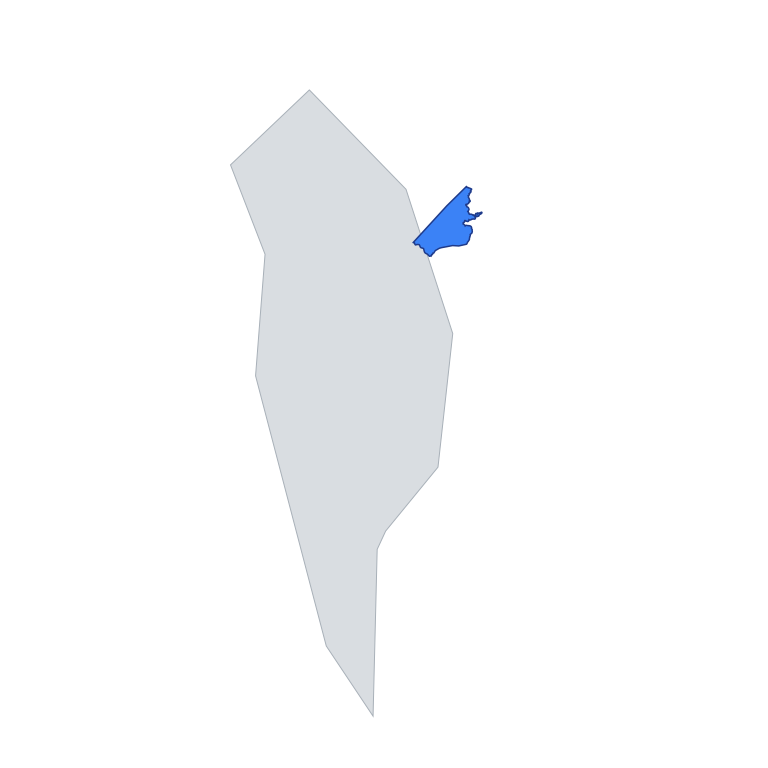 location of Medorm, Aimeliik, Palau, rotated 156°
{"feature_id": "81905179B56582984107965", "entity_name": "Medorm", "entity_type": "district", "adm_level": 2, "iso_a3": "PLW", "parent_name": "Palau", "parent_adm1": "Aimeliik", "projection": "mercator", "projection_center": [134.484, 7.466], "detail": "fine", "context": "in_parent", "style": "filled", "palette": "blue", "viewbox_px": 768, "rotation_deg": 156, "n_neighbors": 0, "source": "geoboundaries", "source_scale": "gbopen_adm2", "svg_char_len": 4600}
<svg xmlns="http://www.w3.org/2000/svg" viewBox="0 0 768 768"><g transform="rotate(156 384 384)"><path d="M435.1,646.6L332.6,683.0L284.7,552.9L300.7,402.1L368.5,286.1L442.3,249.0L457.5,235.7L529.1,85.0L543.3,168.1L498.0,443.7L439.9,550.9L435.1,646.6Z" fill="#d9dde1" stroke="#a8b0b8" stroke-width="1"/><path d="M300.4,501.1L299.9,501.2L299.7,501.2L299.2,501.2L298.9,500.8L298.8,500.5L298.9,499.9L298.9,499.6L298.9,499.3L298.9,498.9L298.8,498.5L298.7,498.3L298.3,498.1L297.9,498.1L297.4,498.1L296.9,497.9L296.4,497.7L296.0,497.5L295.5,497.2L295.1,496.8L295.1,496.2L295.1,495.1L295.1,494.6L295.1,494.4L295.1,494.1L294.9,493.7L294.7,493.4L294.3,493.0L293.8,492.7L293.3,492.2L293.0,491.9L292.8,491.7L292.9,490.8L293.0,490.3L293.1,489.8L293.3,488.4L293.3,487.8L293.2,487.4L293.1,487.2L293.0,486.7L292.6,486.3L292.3,485.8L291.7,485.2L291.3,484.4L291.0,483.3L290.8,482.8L290.7,482.5L290.6,482.3L290.3,482.1L290.1,482.0L289.9,482.0L289.7,482.0L289.3,482.0L289.0,482.1L288.9,482.1L288.5,482.2L288.4,482.3L288.4,482.2L288.2,482.4L287.8,482.4L287.6,482.6L287.1,482.8L286.9,482.9L286.5,483.1L286.4,483.1L286.2,483.4L286.1,483.6L285.9,483.5L285.7,483.5L285.3,483.4L282.9,485.0L278.2,485.5L276.1,485.2L271.1,484.0L265.1,482.6L259.5,479.7L252.1,478.2L252.0,478.3L251.6,478.2L250.4,479.1L250.2,479.4L250.1,479.6L249.8,479.7L249.0,480.0L248.6,480.4L248.2,480.5L247.2,481.3L246.5,482.7L246.1,482.9L245.8,483.7L245.1,484.1L244.6,484.9L244.5,485.2L244.4,485.6L243.6,485.8L243.2,485.8L242.9,485.9L242.4,486.1L242.2,486.5L241.7,486.8L241.3,487.4L241.2,488.1L240.7,488.9L240.6,489.6L240.9,490.3L240.4,491.1L240.3,492.1L240.6,492.9L241.2,493.6L241.6,493.8L241.9,494.1L242.3,494.2L242.6,494.3L242.8,494.6L243.5,494.9L244.0,495.3L244.5,495.6L245.0,495.7L245.6,495.4L245.6,496.1L246.1,497.5L246.3,497.6L246.6,497.8L246.6,498.0L246.0,499.2L245.7,499.3L245.2,499.1L244.8,499.2L244.5,499.4L244.3,499.6L244.1,500.0L243.9,500.4L243.7,500.5L243.5,500.4L243.4,500.2L243.1,500.1L243.0,499.9L243.0,499.7L242.9,499.6L242.8,499.4L242.7,499.4L242.4,499.1L242.2,499.1L242.0,498.9L241.9,498.7L241.7,498.5L241.2,498.3L240.5,498.4L240.3,498.6L240.2,498.9L239.8,498.9L239.6,499.1L239.5,499.5L239.3,499.3L239.1,499.2L238.9,498.9L238.5,498.8L238.3,498.7L237.9,498.6L237.5,498.7L237.3,498.8L236.9,498.8L236.6,498.8L236.2,498.6L235.6,498.6L235.1,498.4L234.8,498.0L234.2,497.8L233.8,497.8L233.5,497.8L233.2,498.0L233.1,498.6L233.1,498.9L233.0,499.0L232.9,499.0L232.7,499.1L232.8,499.6L232.7,500.1L232.8,500.3L232.3,500.4L232.1,500.3L231.9,500.4L231.6,500.2L231.3,499.8L231.3,499.5L231.2,499.1L230.4,499.0L230.1,499.0L229.6,498.9L229.3,498.9L229.3,499.1L229.1,499.1L228.8,499.3L228.9,499.5L228.7,499.5L228.4,499.7L228.1,499.6L227.8,499.8L227.4,500.0L226.5,499.9L226.2,500.0L225.9,500.1L225.7,500.1L225.4,500.5L225.1,500.4L224.8,500.8L224.9,501.2L225.3,501.4L226.0,501.3L226.5,501.0L226.8,501.4L227.5,501.4L228.2,501.5L228.6,502.1L229.1,502.2L229.4,502.0L229.6,501.6L229.8,502.0L230.3,502.3L230.8,502.4L231.1,502.1L231.2,501.7L231.7,501.7L231.9,501.6L232.1,501.4L232.3,501.3L232.5,501.1L233.1,501.1L233.3,501.1L233.5,501.3L233.5,501.5L233.5,502.1L233.8,502.3L234.1,502.3L234.4,502.4L234.4,502.7L234.6,503.1L235.2,503.5L235.3,503.7L236.0,504.0L236.4,504.0L236.7,504.1L236.9,504.3L236.9,504.6L237.0,504.9L237.1,505.0L236.9,505.3L237.0,505.6L237.1,505.8L236.9,506.1L237.0,506.3L237.0,506.6L237.0,506.8L237.2,507.2L237.3,507.3L237.3,507.6L237.2,507.6L237.0,507.4L236.8,507.5L236.4,508.0L235.9,508.4L235.7,508.5L235.2,509.1L235.2,509.7L235.2,510.6L235.2,510.9L235.5,511.5L235.9,511.8L236.2,512.1L236.2,512.4L236.0,512.6L235.9,512.9L236.1,513.0L236.3,513.4L236.5,513.7L236.4,513.9L236.2,514.7L235.5,514.5L235.4,514.6L235.1,514.6L234.8,514.5L234.6,514.4L234.4,514.5L234.0,514.5L233.8,514.5L233.5,514.7L233.3,514.7L232.8,515.0L232.7,515.4L232.6,515.6L232.4,515.6L232.3,515.4L232.1,515.4L231.9,515.6L231.2,515.7L231.0,515.8L230.8,516.2L230.8,516.6L231.3,516.8L231.3,517.1L231.0,517.4L230.9,517.9L230.8,518.2L230.9,518.5L230.8,518.9L230.9,519.0L230.8,519.3L230.8,519.5L230.9,519.9L231.0,520.3L230.7,520.8L230.6,521.0L230.4,521.4L230.4,521.6L230.1,521.4L229.6,521.8L229.5,522.0L229.1,522.5L228.8,522.7L228.8,523.0L228.6,522.9L228.1,523.3L227.5,523.6L227.4,523.9L227.2,523.8L226.9,523.8L226.6,524.0L226.2,524.5L226.1,524.8L226.1,525.0L226.3,525.3L226.1,525.4L225.9,525.6L225.7,525.7L225.3,525.8L225.1,525.9L224.8,526.2L224.7,526.5L225.0,526.9L225.6,527.5L226.0,528.1L226.8,528.5L227.0,529.0L227.3,529.3L227.9,529.6L228.1,530.0L228.3,530.1L228.2,530.2L228.2,530.6L228.4,530.9L254.2,521.2L300.4,501.1Z" fill="#3b82f6" stroke="#1e3a8a" stroke-width="1.5"/></g></svg>